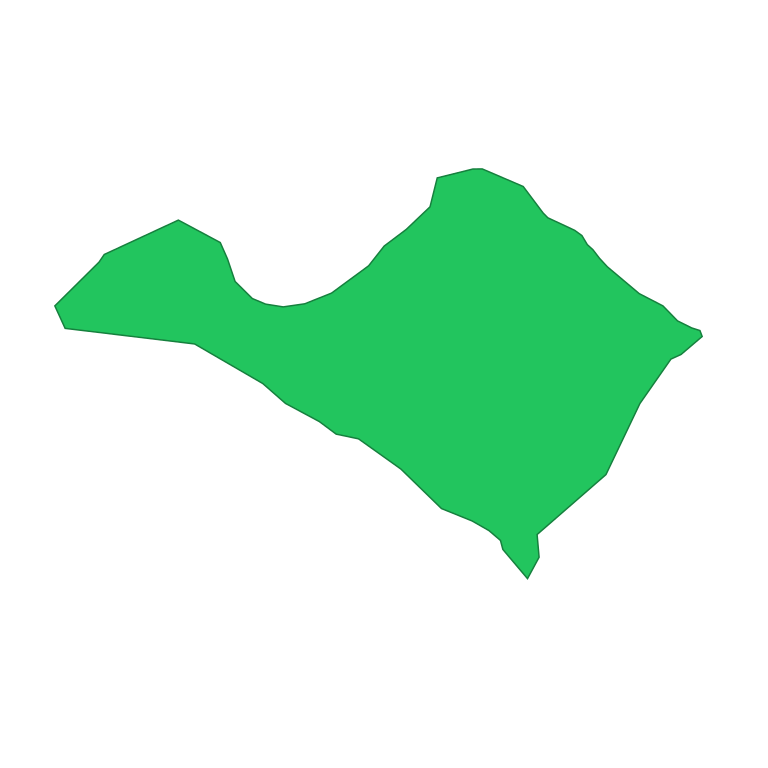 the Municipality of Ajdovščina, rotated 175°
{"feature_id": "SVN-1022", "entity_name": "Ajdovščina", "entity_type": "Municipality", "adm_level": 1, "iso_a3": "SVN", "parent_name": "Slovenia", "parent_adm1": "", "projection": "mercator", "projection_center": [13.898, 45.914], "detail": "fine", "context": "isolated", "style": "filled", "palette": "green", "viewbox_px": 768, "rotation_deg": 175, "n_neighbors": 0, "source": "natural_earth", "source_scale": "10m", "svg_char_len": 824}
<svg xmlns="http://www.w3.org/2000/svg" viewBox="0 0 768 768"><g transform="rotate(175 384 384)"><path d="M696.8,467.2L705.1,490.5L657.2,530.3L651.4,537.4L574.6,565.2L534.8,539.2L529.0,522.2L523.4,499.1L507.7,480.6L495.0,473.9L477.7,469.6L456.0,470.8L428.4,479.1L389.0,503.1L371.8,521.4L348.3,536.1L322.7,556.5L313.0,584.7L276.8,590.4L267.4,589.7L228.1,568.6L210.6,540.5L206.3,535.3L180.7,520.5L173.9,514.6L169.3,505.1L164.2,499.6L158.4,490.5L151.3,481.3L121.9,451.8L99.3,437.5L86.1,421.3L72.7,413.1L64.6,409.7L62.9,403.6L85.4,387.6L96.0,383.8L130.8,342.2L170.8,274.4L244.6,220.7L244.6,197.9L258.0,177.6L280.0,208.8L281.6,218.0L292.2,228.8L308.2,239.9L337.6,254.9L374.6,297.8L414.2,331.6L436.0,338.2L451.7,352.2L483.8,373.2L504.7,395.0L569.2,440.4L696.8,467.2Z" fill="#22c55e" stroke="#15803d" stroke-width="1.5"/></g></svg>